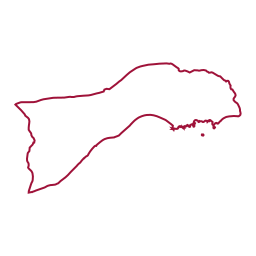 Radum, Shabwah, Yemen (Natural Earth projection)
{"feature_id": "15242507B54571430773522", "entity_name": "Radum", "entity_type": "district", "adm_level": 2, "iso_a3": "YEM", "parent_name": "Yemen", "parent_adm1": "Shabwah", "projection": "natural_earth1", "projection_center": [48.124, 13.978], "detail": "fine", "context": "isolated", "style": "outline", "palette": "rose", "viewbox_px": 256, "rotation_deg": 0, "n_neighbors": 0, "source": "geoboundaries", "source_scale": "gbopen_adm2", "svg_char_len": 5618}
<svg xmlns="http://www.w3.org/2000/svg" viewBox="0 0 256 256"><path d="M28.7,129.8L30.0,131.8L30.7,132.6L31.2,133.6L31.4,135.3L32.2,136.8L33.6,138.1L34.6,140.4L34.2,142.6L33.4,142.6L32.7,144.5L29.7,147.6L29.4,151.0L27.9,152.9L27.7,153.4L27.0,158.7L27.1,160.6L27.4,161.5L28.5,163.3L28.7,164.9L28.6,166.0L28.1,167.4L28.2,167.7L28.6,168.4L31.3,171.0L32.2,172.5L32.5,173.5L32.9,176.4L32.7,180.0L32.3,181.5L31.6,182.7L30.9,184.6L28.8,191.1L28.7,192.6L31.9,192.0L32.1,192.1L33.1,191.6L34.4,191.2L35.7,190.6L44.3,187.6L45.0,187.3L45.7,186.9L47.1,186.1L48.1,185.7L50.4,185.1L51.9,185.0L55.2,184.6L56.4,184.1L57.1,183.7L58.2,183.3L60.5,181.1L65.6,177.2L67.9,175.1L71.1,171.6L76.8,165.9L77.5,165.0L78.9,163.6L80.2,162.6L81.8,160.5L83.8,158.3L84.0,158.4L85.7,156.7L87.5,155.7L88.2,154.8L88.4,154.2L89.9,151.8L90.7,150.7L92.2,148.8L94.3,146.5L95.1,145.9L95.6,145.7L95.8,145.7L95.8,145.9L96.1,145.9L96.1,145.7L96.3,145.5L97.2,144.5L100.1,142.1L102.2,140.5L103.3,139.8L104.6,139.1L107.3,138.2L109.7,137.8L114.2,137.4L114.7,137.1L117.2,136.2L118.9,135.5L121.2,133.2L129.9,125.5L130.9,124.2L131.0,124.2L131.4,123.8L132.0,123.1L133.9,121.2L135.1,120.1L137.4,118.4L138.8,117.5L140.6,116.7L142.1,116.1L144.4,115.4L146.6,115.0L149.2,114.9L150.8,114.9L153.6,115.3L156.8,116.2L160.0,117.5L165.4,119.9L166.3,120.5L171.3,124.3L172.8,125.6L172.9,125.8L172.8,126.2L172.7,126.4L172.7,127.6L172.6,127.9L172.7,128.1L172.9,128.2L172.7,128.5L172.3,128.4L172.5,128.6L172.5,128.8L172.5,129.0L172.3,129.1L172.9,129.2L173.1,129.4L173.5,129.4L173.7,129.7L173.9,129.0L174.2,128.6L174.6,128.5L175.3,128.8L176.5,128.9L177.0,128.7L177.2,128.8L177.5,128.6L177.9,128.5L178.2,128.0L178.2,127.7L178.3,127.7L178.6,127.4L178.7,126.8L179.1,126.4L179.4,126.2L179.8,126.2L179.8,126.4L180.2,126.5L180.4,126.9L180.7,126.8L180.8,126.7L180.8,126.8L181.0,126.8L181.2,127.1L181.4,127.1L182.1,126.7L182.4,126.9L182.6,126.8L182.8,127.0L182.6,127.3L182.8,127.8L183.2,128.2L183.6,128.2L183.7,128.3L183.7,128.1L184.2,127.9L184.4,127.6L184.5,127.6L184.2,127.1L184.0,126.9L184.0,126.5L184.2,126.3L184.6,126.1L184.9,126.1L185.0,126.2L185.3,126.3L185.5,126.4L185.8,126.2L186.0,126.2L186.3,126.3L186.4,126.2L186.5,126.2L186.6,125.9L186.7,125.4L187.3,125.4L187.6,125.0L187.8,125.1L188.2,125.6L188.1,125.9L188.3,126.0L188.7,126.3L188.9,126.6L189.1,126.7L189.4,126.9L189.8,126.8L189.9,126.4L190.1,126.4L190.1,126.2L190.2,125.7L190.2,125.1L190.9,124.8L191.0,124.6L191.4,124.5L191.5,124.5L191.6,124.4L192.0,124.6L192.5,124.6L192.8,124.0L193.1,123.7L193.7,123.3L193.9,123.3L194.1,123.6L194.3,123.5L194.3,123.3L194.2,123.2L194.3,122.8L194.6,122.7L194.3,122.3L194.2,122.4L194.0,122.2L193.8,122.1L194.0,121.5L194.3,120.9L194.9,120.3L195.4,120.1L196.0,120.0L196.4,120.2L196.7,120.2L197.0,120.5L197.6,120.6L198.0,121.0L198.2,121.3L198.5,121.4L198.6,121.6L198.4,121.7L198.4,121.8L198.6,122.0L199.1,121.9L199.3,121.5L199.2,121.3L199.5,121.1L199.8,121.5L200.2,121.3L201.0,121.2L201.6,121.3L202.0,121.4L202.5,121.9L203.1,122.0L203.3,122.0L203.9,121.6L204.2,121.6L205.2,120.7L205.9,120.6L206.3,120.9L206.5,120.9L207.2,120.9L207.3,121.1L207.3,121.5L207.4,121.9L207.9,121.4L208.5,121.3L208.9,121.4L209.0,121.6L209.0,121.9L209.2,121.5L209.2,121.1L208.9,120.6L208.9,120.4L209.3,120.1L209.7,120.0L210.2,120.1L210.5,120.2L210.8,120.6L210.9,120.8L211.0,120.9L211.5,121.1L212.4,121.9L212.6,122.1L212.5,122.3L212.4,122.9L212.3,123.6L212.4,124.4L212.7,124.8L213.0,124.8L213.4,125.1L213.7,125.1L214.0,124.9L214.3,124.3L214.8,123.8L215.2,123.3L215.8,123.0L216.4,122.9L216.8,123.0L217.2,123.5L217.4,123.4L217.7,123.6L218.0,123.6L219.1,122.5L219.5,121.9L220.0,121.4L220.5,121.2L221.6,119.9L222.5,119.1L223.4,118.4L225.7,117.2L226.5,116.9L229.1,116.4L231.6,116.2L233.9,116.0L235.3,116.1L235.9,116.1L237.8,116.3L238.0,116.2L238.5,116.3L239.4,115.8L240.3,114.9L240.6,113.6L240.4,112.2L240.0,110.9L240.0,109.6L239.7,108.2L239.2,107.0L238.0,104.5L237.3,103.4L235.3,102.0L234.4,101.1L233.6,100.1L233.6,98.7L234.3,97.6L235.1,96.6L235.6,95.3L235.3,94.0L234.6,92.8L233.8,91.8L232.4,89.5L231.2,89.3L230.6,88.2L230.4,86.9L230.6,85.5L229.9,84.5L229.3,83.3L229.0,81.9L228.3,80.9L227.1,80.8L226.1,81.5L225.3,80.6L224.1,80.2L222.2,78.4L220.3,76.4L219.1,76.2L217.9,75.8L212.6,72.6L211.4,72.3L210.2,72.6L208.9,72.7L208.0,71.9L206.8,71.4L206.0,70.5L203.7,70.0L201.3,70.2L200.1,70.5L199.0,70.7L197.8,70.4L194.2,70.2L189.7,72.5L187.5,71.4L185.2,70.6L184.1,70.5L183.0,71.1L181.9,71.3L180.7,71.4L179.5,71.1L178.7,70.2L178.7,68.8L177.9,68.0L176.8,67.4L172.7,64.4L171.7,63.8L170.5,63.5L169.3,63.8L168.2,63.6L166.4,63.4L164.0,63.5L159.3,63.7L154.4,64.2L148.4,64.7L142.7,65.9L140.3,66.5L136.8,67.8L135.7,68.4L130.7,71.7L129.7,72.4L126.8,74.9L121.2,80.1L119.2,81.5L116.4,83.9L109.4,89.2L106.6,88.8L104.4,89.6L103.7,91.5L99.1,92.9L96.7,93.4L90.8,95.0L88.5,95.4L83.6,95.7L77.5,96.2L76.2,96.4L73.9,97.0L71.4,97.0L70.2,96.8L69.0,96.9L64.2,97.6L56.9,97.7L53.2,97.8L43.4,99.3L40.9,100.0L36.2,101.7L34.9,101.9L33.7,102.1L28.9,102.2L21.6,102.2L20.3,102.4L17.0,103.6L15.9,104.1L15.4,104.6L21.1,110.2L24.7,114.3L25.3,115.7L28.1,117.9L29.0,119.2L29.4,121.4L29.2,123.4L28.9,125.5L28.7,127.6L28.7,129.8ZM214.1,126.8L213.9,126.9L213.4,127.0L213.4,127.4L213.6,128.2L214.1,128.4L214.3,128.3L214.4,128.0L215.0,127.5L214.9,127.2L214.1,126.8ZM194.1,125.1L194.2,124.9L194.0,125.0L193.6,124.9L193.4,125.1L193.3,125.6L193.2,125.8L193.3,125.9L193.6,126.7L193.9,126.7L194.1,126.3L194.2,126.1L194.2,125.9L194.4,125.8L194.1,125.1ZM202.7,134.6L202.3,134.4L202.0,134.4L201.9,134.6L201.8,134.9L201.9,135.2L202.1,135.4L202.4,135.5L202.7,135.4L203.0,135.5L203.3,135.5L203.5,135.2L203.5,134.9L203.2,134.5L202.7,134.6Z" fill="none" stroke="#9f1239" stroke-width="2"/></svg>